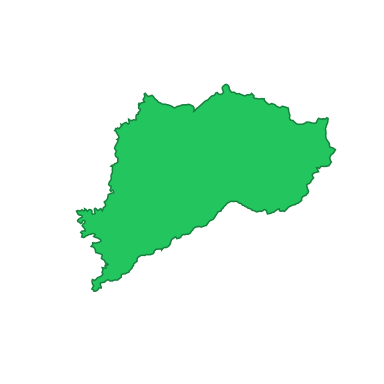 Vila Propício, Goiás, Brazil, rotated 214°
{"feature_id": "56859067B93488983181144", "entity_name": "Vila Propício", "entity_type": "district", "adm_level": 2, "iso_a3": "BRA", "parent_name": "Brazil", "parent_adm1": "Goiás", "projection": "albers", "projection_center": [-48.79, -15.215], "detail": "fine", "context": "isolated", "style": "filled", "palette": "green", "viewbox_px": 384, "rotation_deg": 214, "n_neighbors": 0, "source": "geoboundaries", "source_scale": "gbopen_adm2", "svg_char_len": 6048}
<svg xmlns="http://www.w3.org/2000/svg" viewBox="0 0 384 384"><g transform="rotate(214 192 192)"><path d="M161.4,172.1L161.4,176.8L161.0,178.3L159.3,180.9L159.0,182.3L159.3,189.5L158.9,190.7L157.3,192.3L157.8,194.2L157.2,196.2L157.3,198.0L156.8,199.7L156.6,202.2L154.9,205.5L154.2,206.3L152.4,207.2L150.4,208.9L148.9,209.4L147.0,209.1L145.6,209.7L144.2,209.8L142.8,209.3L141.2,210.0L139.9,209.7L138.0,210.2L136.9,209.9L133.6,210.9L132.0,210.4L130.6,211.1L128.7,211.5L127.4,211.5L125.0,214.2L123.5,214.8L122.8,216.1L122.2,218.0L120.0,218.2L117.2,216.0L114.8,218.4L114.1,219.8L113.0,220.8L111.6,225.0L110.2,226.7L108.9,225.4L107.4,225.7L106.5,226.9L104.5,227.6L103.6,232.1L103.7,233.2L101.4,237.1L100.2,238.5L99.3,239.3L99.1,240.6L97.8,242.0L96.7,245.1L96.4,246.5L97.3,247.5L97.7,248.8L97.5,250.2L95.6,253.3L95.6,254.8L95.3,256.1L95.8,257.8L98.1,259.3L99.6,260.6L100.9,262.2L100.5,263.4L99.6,264.4L99.1,266.5L99.6,268.2L99.2,270.0L99.2,271.9L100.6,272.2L102.1,273.7L101.4,276.2L98.4,279.6L102.3,281.9L101.1,282.6L99.5,282.8L99.5,285.0L98.6,286.0L96.2,287.4L94.4,289.0L93.2,290.4L93.2,294.8L94.9,295.6L97.1,297.4L97.1,298.8L97.6,300.3L96.7,302.5L96.5,304.6L96.7,307.3L99.0,307.4L103.2,306.4L105.3,309.1L110.5,311.1L112.9,313.7L113.5,315.3L117.2,319.7L117.2,320.9L117.8,322.4L118.4,325.5L120.3,329.1L121.7,329.0L122.4,326.9L124.4,326.1L125.0,324.9L128.3,323.8L128.2,321.3L127.7,319.0L129.2,317.2L130.7,316.5L134.4,315.2L136.2,314.0L136.9,312.0L138.5,309.8L142.2,307.3L143.8,307.0L145.2,307.3L146.6,307.3L148.2,307.8L149.4,307.1L150.7,306.8L152.0,307.4L152.9,308.4L153.7,310.3L156.4,312.4L159.1,315.4L161.1,314.9L165.0,313.7L166.2,311.1L168.8,310.5L170.6,310.5L172.2,310.8L173.7,310.3L175.4,310.0L176.7,307.8L178.0,307.5L181.7,308.0L183.2,308.5L184.4,309.7L185.4,308.9L186.8,308.2L188.0,306.8L190.7,305.7L192.2,304.8L193.9,304.8L194.4,306.4L197.8,307.1L197.9,305.7L198.4,304.8L200.6,303.5L201.9,301.2L206.2,300.2L208.0,300.0L209.6,298.4L212.9,298.3L214.8,296.8L216.4,297.2L219.0,298.4L219.8,299.6L221.0,300.3L222.3,300.6L223.6,300.5L224.7,299.3L225.3,297.2L225.3,295.4L224.4,294.3L222.8,293.3L221.7,292.4L221.8,290.3L222.9,288.7L224.9,288.1L226.8,288.6L227.7,287.3L227.5,286.0L227.6,284.9L228.1,283.9L229.2,282.8L229.8,281.1L230.2,277.9L230.7,276.5L231.4,275.7L232.0,274.4L234.2,265.3L234.9,263.7L235.0,261.4L235.7,259.8L236.4,261.6L237.4,262.9L239.1,263.7L242.8,263.2L244.1,262.6L245.4,261.1L248.0,259.4L249.1,258.4L250.8,255.8L251.8,255.2L253.1,252.6L254.1,251.7L256.5,251.8L259.6,251.2L264.0,249.5L265.1,248.4L268.8,248.1L269.8,247.7L270.9,247.9L272.2,248.4L274.3,248.4L277.9,249.6L279.2,249.8L280.9,247.6L282.0,246.6L286.0,247.7L286.4,246.4L285.2,245.5L284.4,244.4L284.3,241.4L283.2,240.7L281.6,240.1L283.3,238.2L284.1,237.0L284.2,235.5L285.5,235.9L285.3,234.6L284.2,233.7L283.6,232.3L282.6,231.4L281.2,231.8L280.6,230.5L281.0,227.4L280.0,226.6L281.3,225.0L280.9,223.9L279.8,221.9L278.6,220.7L279.4,219.8L280.7,219.4L281.9,217.5L283.2,216.9L285.3,216.9L284.6,215.9L283.4,215.0L282.4,213.9L283.0,212.6L285.5,212.9L286.6,211.4L287.3,209.7L287.2,208.5L288.8,208.4L287.4,207.1L287.9,203.5L289.4,203.6L289.9,202.4L290.8,201.9L290.2,201.0L290.4,199.7L289.1,199.9L288.0,199.1L283.8,197.1L282.7,195.9L283.6,193.6L282.4,193.8L281.7,192.2L281.2,186.6L280.6,184.9L279.2,184.2L277.6,183.8L277.1,180.8L276.0,179.5L275.1,178.9L272.2,178.5L271.3,176.7L270.2,175.6L270.8,173.6L272.0,172.0L271.9,170.8L273.4,169.2L273.6,168.0L272.1,168.5L271.3,167.5L270.7,166.1L268.9,163.8L268.6,161.3L268.1,160.1L266.0,157.3L266.1,153.9L265.2,151.5L263.7,151.1L262.2,151.5L261.3,149.4L261.1,147.6L259.5,147.2L258.9,149.1L257.7,148.9L256.6,147.6L258.4,145.5L260.0,143.0L258.3,139.2L258.4,136.3L259.3,135.1L258.7,134.2L257.4,133.8L256.5,133.2L255.9,131.5L256.7,129.6L255.8,126.3L258.3,127.3L258.9,126.0L259.3,124.5L260.2,124.0L262.1,124.4L263.2,124.4L263.4,123.2L262.4,122.0L261.0,120.8L260.4,119.8L261.1,118.6L262.4,117.9L263.2,118.7L264.7,120.6L266.3,120.6L267.5,119.9L267.9,117.4L270.0,118.2L271.7,118.1L270.6,116.8L271.3,115.8L273.3,115.7L274.0,113.7L276.5,112.7L277.1,111.5L273.8,109.8L272.7,109.8L270.1,110.9L269.0,109.8L270.0,108.0L270.8,106.0L271.0,104.4L270.0,103.7L268.4,103.9L266.6,103.6L266.0,104.9L266.5,106.3L265.9,107.9L264.4,108.1L263.6,106.8L264.2,105.1L264.3,102.7L263.0,102.2L261.8,102.1L260.0,101.3L258.8,100.2L261.5,97.9L261.6,96.1L259.4,96.0L258.4,93.0L256.4,93.6L255.7,94.5L255.5,96.1L254.4,97.5L253.7,99.0L251.8,100.8L251.4,101.9L250.2,102.4L248.7,102.7L248.4,101.5L248.7,100.1L247.5,100.2L245.5,100.9L241.5,101.4L240.3,101.0L240.4,99.4L241.1,98.1L241.9,97.5L242.7,96.3L243.7,95.6L245.9,94.4L244.9,92.6L245.2,90.4L243.1,91.2L241.1,90.8L239.6,89.8L238.6,88.6L237.7,88.0L236.4,88.6L234.9,88.8L233.8,89.4L232.5,89.7L231.3,89.6L230.5,87.9L230.2,86.5L229.0,86.1L227.4,86.3L226.2,86.3L224.1,84.8L222.6,85.2L221.1,85.1L221.4,83.4L223.0,83.7L222.8,82.0L220.8,80.9L221.7,80.2L224.2,79.1L222.4,77.9L221.6,74.9L219.9,74.1L220.3,71.5L221.0,70.1L221.7,69.3L222.5,67.7L222.7,66.0L223.4,64.2L225.6,63.8L225.3,62.5L224.2,61.2L223.0,60.0L221.1,59.4L220.8,55.6L218.9,55.6L217.9,54.9L216.3,56.0L215.4,58.3L215.5,60.4L213.6,61.7L214.6,62.9L216.2,63.8L217.0,65.5L214.0,68.4L213.9,69.5L213.3,71.4L212.1,72.5L210.5,72.3L208.3,73.6L207.4,75.3L206.2,76.3L204.8,77.1L204.2,78.0L203.7,80.0L203.0,81.6L204.2,83.7L203.8,85.1L201.6,86.8L201.2,87.9L199.5,90.2L199.8,91.6L199.6,93.3L199.1,95.1L199.7,96.6L199.3,98.1L200.1,99.7L199.7,101.3L198.8,103.8L199.8,105.3L200.5,107.0L198.8,110.9L197.4,112.0L195.5,113.1L194.9,114.6L193.4,115.4L191.5,116.8L190.4,118.1L189.8,119.1L189.6,120.4L190.3,121.7L190.0,122.9L190.0,124.2L185.7,127.6L184.7,126.8L184.6,128.7L184.1,130.3L182.2,131.7L181.3,133.3L181.0,134.5L181.0,137.3L181.8,138.4L181.9,139.7L182.3,141.5L181.6,142.8L181.2,144.5L180.3,145.6L178.5,144.8L176.9,146.4L176.0,148.0L176.3,149.7L175.7,151.8L174.3,152.4L173.3,153.7L171.2,155.2L170.5,156.9L170.5,159.5L170.2,160.7L170.3,162.2L170.1,163.5L169.5,164.6L168.5,165.9L166.7,167.5L165.7,167.7L164.5,168.3L162.3,171.5L161.4,172.1Z" fill="#22c55e" stroke="#15803d" stroke-width="1.5"/></g></svg>